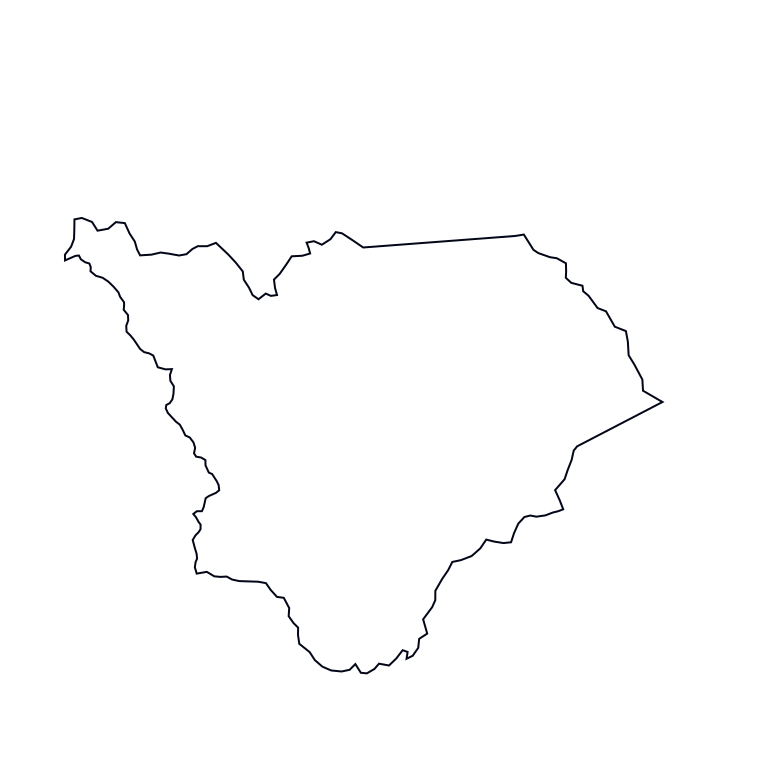 outline of Jelebu, Negeri Sembilan, Malaysia, rotated 339°
{"feature_id": "92858781B14475732449391", "entity_name": "Jelebu", "entity_type": "district", "adm_level": 2, "iso_a3": "MYS", "parent_name": "Malaysia", "parent_adm1": "Negeri Sembilan", "projection": "albers", "projection_center": [102.051, 3.062], "detail": "fine", "context": "isolated", "style": "outline", "palette": "ink", "viewbox_px": 768, "rotation_deg": 339, "n_neighbors": 0, "source": "geoboundaries", "source_scale": "gbopen_adm2", "svg_char_len": 2794}
<svg xmlns="http://www.w3.org/2000/svg" viewBox="0 0 768 768"><g transform="rotate(339 384 384)"><path d="M130.5,154.3L141.8,153.8L145.2,154.7L145.7,159.0L148.7,163.3L152.1,165.9L152.1,169.8L150.4,173.6L153.8,179.7L159.4,184.0L163.3,189.6L166.3,196.0L168.9,203.3L168.9,208.1L170.6,214.5L169.7,217.1L167.6,221.4L169.7,227.9L168.0,233.0L164.2,237.3L162.4,242.9L164.6,247.7L166.3,252.8L168.9,264.0L171.5,268.3L175.8,271.3L178.8,274.8L178.8,280.8L178.8,287.3L185.2,292.0L191.3,294.1L187.4,298.9L185.7,304.5L187.0,310.9L183.9,317.8L180.9,322.5L177.1,325.1L173.2,325.6L171.5,328.6L171.9,333.7L176.2,344.5L178.8,348.8L179.6,354.4L180.1,360.8L183.5,364.3L185.2,370.3L184.8,375.9L181.8,380.6L182.6,384.5L186.9,387.1L190.0,391.0L188.2,396.1L188.7,403.9L191.3,406.5L193.0,414.7L193.4,419.0L192.1,424.1L188.2,425.4L180.5,425.8L176.6,426.7L171.5,434.4L168.4,437.5L163.7,435.7L159.4,437.0L160.7,440.9L161.5,446.5L162.4,449.5L160.7,453.8L157.7,456.0L153.8,457.7L149.5,461.1L148.6,469.7L148.2,475.3L146.9,480.1L144.3,482.7L141.7,487.4L141.2,493.9L151.3,495.9L156.6,502.7L162.0,505.4L168.1,507.4L172.1,512.1L178.2,516.1L186.2,519.5L195.7,523.5L202.4,527.6L204.4,535.6L207.8,544.4L213.8,547.7L215.2,559.2L211.8,566.6L213.8,574.6L216.5,580.7L213.8,587.4L211.8,596.2L218.5,607.6L220.5,617.0L225.2,625.8L232.0,632.5L241.4,637.2L249.5,638.5L256.9,635.2L258.9,645.3L264.3,648.0L273.0,646.6L279.1,643.3L287.8,648.6L297.2,644.6L306.0,639.2L310.0,642.6L306.6,648.6L313.4,648.0L321.4,642.6L325.5,634.5L334.9,632.5L336.2,617.7L349.0,609.6L354.4,604.2L357.8,595.5L368.5,586.8L377.3,580.7L384.0,574.6L392.7,576.0L404.2,576.0L414.9,572.0L423.7,565.9L430.4,570.6L438.5,575.3L445.9,577.3L451.9,569.9L459.3,562.5L467.4,558.5L473.4,559.2L478.8,562.5L487.6,564.5L495.6,564.5L501.0,565.2L506.4,565.2L506.4,555.8L505.7,544.4L518.5,537.6L524.6,530.2L531.9,522.2L537.3,514.1L542.0,511.4L637.5,500.6L623.4,483.1L626.8,472.4L624.7,455.6L622.7,444.8L626.8,432.0L628.8,421.3L620.0,413.2L617.3,395.7L610.6,389.6L606.6,374.9L603.2,368.8L604.5,363.4L595.1,356.7L591.8,350.0L594.5,343.9L597.1,336.5L590.4,328.5L584.4,325.1L574.9,317.0L571.6,312.3L568.1,294.6L559.5,292.8L413.5,249.1L406.1,238.4L398.8,228.3L393.4,224.9L386.0,229.6L375.9,231.7L369.8,225.6L362.4,224.3L362.4,230.3L361.8,235.7L353.7,235.0L343.6,231.7L336.2,237.0L326.1,243.8L318.7,247.1L316.7,255.2L316.0,262.6L310.0,261.2L306.0,257.2L297.2,259.9L293.2,253.9L292.5,245.8L290.5,236.4L292.5,228.3L289.1,217.5L285.1,207.5L277.7,192.0L268.3,192.0L259.6,188.6L253.5,189.3L246.1,192.0L238.7,190.6L230.0,185.3L222.6,181.2L213.2,179.9L202.4,176.5L201.7,169.8L202.4,161.7L200.4,152.3L199.7,140.9L191.7,136.8L182.2,140.2L171.5,138.2L169.5,128.1L161.4,120.7L154.0,119.4L150.0,129.4L146.6,137.5L141.2,143.6L132.5,148.9L130.5,154.3Z" fill="none" stroke="#020617" stroke-width="2"/></g></svg>